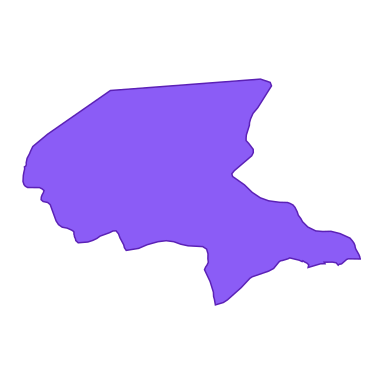 the border of Shabwah
{"feature_id": "YEM-336", "entity_name": "Shabwah", "entity_type": "Governorate", "adm_level": 1, "iso_a3": "YEM", "parent_name": "Yemen", "parent_adm1": "", "projection": "albers", "projection_center": [47.196, 14.654], "detail": "fine", "context": "isolated", "style": "filled", "palette": "violet", "viewbox_px": 384, "rotation_deg": 0, "n_neighbors": 0, "source": "natural_earth", "source_scale": "10m", "svg_char_len": 1921}
<svg xmlns="http://www.w3.org/2000/svg" viewBox="0 0 384 384"><path d="M361.0,259.0L348.4,258.8L346.7,259.4L341.9,263.6L340.9,264.1L340.0,264.1L339.1,264.3L338.2,265.2L336.2,262.8L332.4,262.1L324.2,262.2L324.5,262.7L325.0,263.7L320.5,263.8L308.1,267.5L308.7,264.8L306.9,263.1L304.5,261.9L302.9,260.8L302.2,261.6L299.2,260.2L289.7,257.9L288.0,258.8L282.4,260.5L280.5,260.8L279.0,261.9L273.6,268.5L268.7,271.1L252.2,276.8L249.9,278.3L241.2,287.6L227.4,299.9L223.4,302.5L215.4,304.9L214.4,299.3L213.6,296.5L213.4,292.2L210.1,281.5L204.5,269.7L205.6,267.1L207.0,265.1L208.3,262.3L207.9,258.7L208.0,253.8L206.6,249.1L202.7,246.6L188.0,245.8L180.7,244.2L173.8,241.7L166.2,240.7L158.0,241.7L147.2,244.7L138.6,248.4L126.2,250.4L124.4,247.7L123.7,244.8L120.0,237.9L118.5,233.8L116.0,230.8L112.9,231.0L109.5,232.7L100.1,236.1L96.8,238.5L92.8,240.4L87.9,242.0L78.2,242.8L75.8,240.6L75.4,238.7L74.5,236.8L74.3,235.3L73.9,234.0L74.0,232.8L73.7,231.5L71.6,230.1L67.1,228.1L62.2,227.2L58.5,224.6L56.1,220.9L50.2,204.6L47.7,202.5L43.1,201.5L41.1,199.7L41.3,197.1L42.1,194.9L43.4,192.6L44.0,190.5L42.1,188.9L39.6,187.6L27.6,187.5L25.3,186.2L24.0,184.6L23.0,181.5L23.3,175.5L23.9,172.2L24.6,169.2L24.6,167.8L24.4,166.9L25.8,166.0L26.3,164.6L26.2,162.7L27.1,158.3L29.6,153.6L30.5,151.3L32.8,146.5L47.7,134.1L110.4,90.5L260.5,79.1L270.2,82.4L271.5,85.9L257.7,107.8L253.0,113.4L250.6,118.8L249.5,122.7L249.4,125.3L246.4,134.8L246.1,137.8L246.1,140.6L248.7,143.4L253.2,149.3L253.3,152.6L251.7,155.8L234.3,170.7L231.8,173.8L232.6,176.5L244.5,184.9L252.2,192.4L260.3,197.8L268.6,200.8L279.6,202.3L287.5,202.5L290.2,203.5L293.0,205.0L295.0,207.4L297.2,211.8L298.3,215.2L300.9,218.7L302.5,221.7L307.8,227.0L315.7,230.9L322.8,231.5L331.0,231.3L340.1,233.6L350.0,238.1L352.4,240.9L354.0,243.2L354.9,245.4L355.2,247.3L355.8,249.1L358.8,254.4L359.7,256.6L360.0,258.1L360.0,259.0L361.0,259.0Z" fill="#8b5cf6" stroke="#5b21b6" stroke-width="1.5"/></svg>